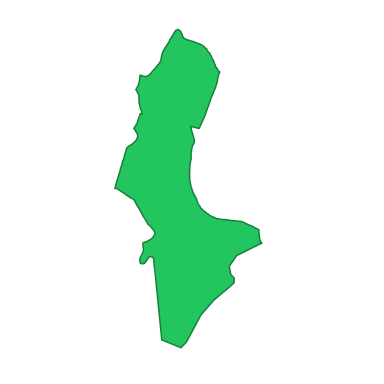 Gossas, Fatick, Senegal, rotated 105°
{"feature_id": "50182788B90737446104605", "entity_name": "Gossas", "entity_type": "district", "adm_level": 2, "iso_a3": "SEN", "parent_name": "Senegal", "parent_adm1": "Fatick", "projection": "orthographic", "projection_center": [-15.925, 14.558], "detail": "fine", "context": "isolated", "style": "filled", "palette": "green", "viewbox_px": 384, "rotation_deg": 105, "n_neighbors": 0, "source": "geoboundaries", "source_scale": "gbopen_adm2", "svg_char_len": 5964}
<svg xmlns="http://www.w3.org/2000/svg" viewBox="0 0 384 384"><g transform="rotate(105 192 192)"><path d="M68.9,196.2L68.7,196.9L68.2,197.6L68.1,198.2L67.9,198.7L67.2,198.9L66.6,199.5L65.8,200.0L65.2,201.1L64.8,201.7L64.3,202.0L63.3,202.4L62.7,203.3L61.7,203.7L60.5,204.5L59.9,205.2L58.8,205.9L58.3,206.7L57.6,207.2L56.3,208.2L55.5,208.9L55.1,209.6L54.2,210.1L53.3,210.8L52.7,212.2L52.2,212.9L51.6,213.7L50.2,214.7L49.7,215.4L49.4,216.7L48.9,217.4L48.3,218.2L48.0,219.0L47.7,220.1L47.4,220.8L47.3,221.5L47.1,222.3L46.9,223.6L47.0,225.5L46.7,226.1L46.6,227.2L46.5,228.4L46.5,229.4L46.3,229.7L46.3,231.2L46.4,232.2L46.2,233.1L46.3,234.1L46.3,234.8L45.9,238.5L45.5,239.4L45.5,239.7L45.2,240.1L44.4,240.9L43.9,241.5L43.6,241.7L43.0,242.0L42.3,242.3L42.0,242.8L41.8,243.0L41.5,243.2L41.1,243.7L40.7,243.7L39.9,244.4L39.4,245.2L39.2,246.2L38.7,247.1L38.7,247.9L39.1,248.2L39.8,248.9L40.0,249.4L40.6,249.6L41.2,249.9L41.9,250.2L42.7,250.5L43.1,250.3L43.7,250.5L44.5,250.9L45.0,251.0L45.7,251.1L46.1,251.4L46.2,251.5L47.1,251.7L47.8,251.8L48.5,252.0L49.1,252.3L49.9,252.4L50.4,252.7L50.8,252.8L51.8,252.9L52.5,252.9L53.0,253.0L54.1,253.5L55.0,253.7L56.2,254.1L56.9,254.3L57.6,254.6L58.1,254.8L58.9,255.0L59.9,255.4L60.9,255.6L61.4,255.8L62.4,256.0L63.0,256.1L64.1,256.4L64.9,256.4L66.0,256.5L67.2,256.6L68.0,256.5L69.7,256.5L70.9,256.3L72.1,256.1L72.7,256.3L73.3,256.3L73.9,256.4L74.3,256.5L74.5,256.5L75.2,256.5L75.7,256.6L76.2,256.9L76.8,257.2L77.5,257.6L78.2,258.0L79.0,258.1L79.8,258.5L80.6,259.0L81.4,259.3L82.0,259.5L82.6,259.9L83.0,260.2L84.2,260.6L84.9,261.2L85.3,261.4L86.1,261.6L86.7,262.0L87.9,262.3L88.4,262.7L88.8,263.0L90.2,264.0L90.9,264.3L91.5,264.9L92.2,266.1L92.7,267.7L92.7,269.5L92.6,271.7L92.6,271.9L92.5,272.3L93.9,272.3L96.3,271.7L97.9,271.6L100.2,271.5L103.0,271.6L104.6,271.9L107.6,272.7L112.1,268.4L113.6,268.1L116.1,267.2L119.7,266.2L120.2,265.9L121.2,265.2L123.0,264.4L124.9,263.3L127.5,261.3L129.3,260.4L129.7,262.3L130.2,262.3L131.5,262.3L134.2,262.5L136.0,262.8L139.5,262.8L140.4,263.0L145.0,264.4L145.6,264.6L145.7,264.4L147.8,262.2L148.5,261.6L148.4,261.3L149.4,260.4L150.3,259.7L151.7,259.1L152.8,258.9L154.0,258.8L155.7,259.2L157.1,259.6L158.1,260.2L159.0,260.8L159.7,261.2L160.2,261.7L160.9,262.0L161.7,262.5L162.2,263.1L163.1,263.8L163.9,264.7L165.1,265.7L165.9,266.2L167.0,266.4L167.5,266.5L169.0,266.4L170.3,266.5L171.8,266.6L172.9,266.6L173.9,266.6L175.5,266.6L176.5,266.5L178.0,266.6L179.7,267.0L181.4,266.9L184.7,266.9L186.9,267.0L188.1,267.1L189.5,267.1L191.0,266.9L193.6,267.2L195.2,267.1L197.2,267.3L198.7,267.2L200.3,267.4L202.1,267.4L204.2,267.4L206.2,267.3L208.3,267.5L208.2,265.2L208.5,264.4L208.9,263.5L209.2,262.0L209.8,260.7L210.3,258.9L210.8,257.1L211.5,255.5L212.5,253.1L213.0,251.1L213.6,249.8L213.8,248.8L213.9,247.6L214.3,246.5L215.1,245.5L216.2,244.5L217.1,243.5L218.7,242.2L220.1,240.7L220.9,239.6L222.4,238.3L223.5,237.0L224.6,236.0L225.6,235.3L226.4,234.4L228.2,232.7L229.4,231.4L230.4,230.3L231.4,229.3L232.1,228.6L232.6,227.9L232.8,227.6L233.8,227.0L234.6,226.1L235.3,224.7L235.6,223.6L236.4,222.5L237.3,221.5L237.9,220.4L238.7,219.4L239.5,218.5L240.4,217.6L241.2,217.0L242.0,217.1L242.7,217.2L243.7,217.4L244.8,217.6L246.0,218.1L247.2,218.7L248.0,219.3L248.9,220.2L249.5,220.8L250.4,221.7L251.2,222.4L251.9,223.2L252.3,224.2L253.0,224.9L253.1,225.5L253.6,226.1L254.7,226.0L255.9,225.8L257.2,225.1L258.7,224.6L259.9,224.0L260.9,223.8L262.1,223.6L263.4,223.9L264.6,224.2L265.5,224.3L266.8,224.6L267.9,224.8L269.3,225.0L270.2,224.9L271.6,224.8L272.5,224.4L273.2,224.0L274.2,223.4L274.3,222.8L274.3,222.0L274.2,221.2L273.7,220.3L273.1,219.4L271.3,218.7L269.4,217.9L267.5,217.4L266.3,216.7L265.4,215.8L265.2,214.8L265.0,213.6L265.5,212.6L266.1,212.0L266.7,211.5L267.8,211.1L269.0,210.8L270.7,210.3L272.2,209.7L273.7,209.2L274.8,208.7L276.2,208.0L298.4,199.6L309.4,195.5L320.5,191.3L331.6,187.1L342.7,182.9L342.8,181.9L345.3,162.4L338.3,158.5L330.8,156.7L323.3,155.0L308.3,151.5L302.4,148.6L296.5,145.7L290.6,142.8L285.6,139.3L280.6,135.8L275.6,132.3L269.7,128.4L269.0,127.9L264.4,128.8L261.6,133.2L254.1,136.8L241.9,132.4L235.7,125.4L229.5,118.4L223.3,111.3L222.8,112.0L222.8,112.5L222.0,112.8L221.4,113.5L220.7,113.9L220.0,114.3L219.1,114.8L217.9,115.2L217.0,115.6L216.3,115.9L215.4,116.2L214.4,116.6L213.6,116.9L212.5,117.3L211.3,117.6L210.8,118.9L210.6,120.5L210.4,121.6L210.0,123.0L209.7,124.2L209.3,125.8L209.2,127.2L208.9,129.5L208.7,130.8L208.3,132.6L208.2,133.4L207.8,135.1L207.7,137.0L207.8,138.1L208.2,139.5L208.4,140.5L208.6,142.4L209.0,144.4L209.3,145.3L209.4,146.7L209.6,148.4L209.7,149.8L209.9,151.5L210.2,153.6L210.7,155.4L210.8,157.1L211.0,158.2L211.1,159.8L211.3,161.2L211.1,162.2L210.8,164.0L210.7,165.1L210.7,165.9L210.3,167.3L210.2,168.5L209.6,169.7L209.0,171.0L208.7,172.1L208.3,173.1L208.1,173.5L207.6,174.3L207.3,175.6L206.9,176.3L206.8,176.6L206.2,177.3L205.7,178.6L205.3,179.5L204.4,180.1L203.7,180.8L202.9,181.8L201.8,183.2L200.8,183.8L199.8,184.5L198.7,185.2L197.5,186.0L196.1,187.0L195.4,187.9L194.5,188.6L194.2,189.3L193.2,189.7L192.4,190.8L191.1,191.5L190.3,192.2L189.2,192.9L187.8,193.7L186.8,194.5L185.6,195.1L184.2,195.7L183.1,196.2L181.7,197.0L180.6,197.3L179.3,197.8L178.4,198.0L176.9,198.6L175.2,199.0L173.8,199.4L172.2,199.6L170.6,200.2L169.5,200.3L167.7,200.7L165.8,201.0L162.9,201.3L162.6,201.3L161.9,201.4L160.2,201.3L159.1,201.8L157.7,202.0L156.7,202.4L155.9,202.7L154.8,203.0L153.2,202.9L151.5,203.2L150.9,203.5L149.8,203.4L148.4,203.5L147.3,203.5L145.8,203.0L144.2,202.7L142.8,202.9L141.7,203.1L140.9,203.5L139.8,204.0L138.5,204.7L136.8,205.8L135.7,206.4L134.3,207.5L133.3,207.9L132.5,208.4L131.3,209.0L130.1,209.6L129.8,210.0L129.5,210.1L129.0,210.3L128.9,210.3L128.9,202.0L128.9,201.8L128.8,201.7L128.4,201.5L125.1,201.0L122.4,200.5L120.3,200.1L117.1,199.7L114.3,199.2L112.8,199.1L107.2,198.7L104.1,198.4L99.9,198.1L95.8,197.8L90.7,197.1L85.1,196.4L79.4,196.1L76.2,196.5L71.5,196.6L69.1,196.3L68.9,196.2Z" fill="#22c55e" stroke="#15803d" stroke-width="1.5"/></g></svg>